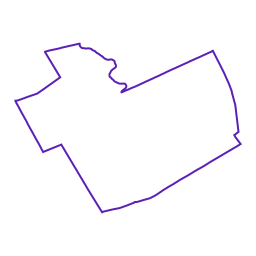 Seaca, Olt, Romania (orthographic projection)
{"feature_id": "2599482B6293048633875", "entity_name": "Seaca", "entity_type": "district", "adm_level": 2, "iso_a3": "ROU", "parent_name": "Romania", "parent_adm1": "Olt", "projection": "orthographic", "projection_center": [24.742, 44.162], "detail": "fine", "context": "isolated", "style": "outline", "palette": "violet", "viewbox_px": 256, "rotation_deg": 0, "n_neighbors": 0, "source": "geoboundaries", "source_scale": "gbopen_adm2", "svg_char_len": 5055}
<svg xmlns="http://www.w3.org/2000/svg" viewBox="0 0 256 256"><path d="M240.6,144.0L235.4,137.1L234.3,135.1L235.3,134.4L238.5,131.9L236.4,114.4L236.0,111.0L235.3,105.1L232.2,93.7L231.6,90.9L231.1,89.5L228.9,83.7L226.4,78.2L224.2,73.2L220.4,65.6L216.0,57.0L213.8,52.7L213.3,51.6L212.9,50.8L212.4,50.9L212.2,51.1L211.9,51.3L211.8,51.5L211.6,51.6L211.2,51.7L210.9,51.9L210.6,52.0L209.7,52.4L209.5,52.5L202.9,55.5L202.0,55.9L201.0,56.4L200.1,56.8L199.2,57.2L198.3,57.6L197.6,57.9L196.9,58.2L196.1,58.5L195.2,59.0L194.5,59.3L193.7,59.6L193.1,59.9L192.2,60.3L191.9,60.4L191.3,60.7L190.7,61.0L190.0,61.2L189.3,61.6L188.8,61.9L188.2,62.2L187.3,62.6L186.3,63.0L185.2,63.5L184.4,63.9L183.7,64.2L182.8,64.6L182.0,65.0L180.8,65.5L179.9,65.9L179.0,66.4L178.0,66.8L177.1,67.2L176.2,67.6L175.3,68.1L174.3,68.5L173.5,68.8L172.6,69.2L171.9,69.5L171.1,69.9L170.3,70.3L169.1,70.8L168.2,71.3L167.1,71.7L165.9,72.3L164.6,73.0L164.0,73.3L163.1,73.7L162.4,74.0L160.9,74.7L160.4,75.0L159.7,75.3L158.7,75.8L157.1,76.5L156.4,76.8L155.5,77.2L154.4,77.7L153.4,78.2L152.4,78.7L151.8,78.9L150.7,79.4L150.1,79.7L149.3,80.1L148.3,80.5L147.3,81.0L146.5,81.3L145.6,81.7L144.7,82.1L144.3,82.4L142.3,83.3L140.1,84.3L138.0,85.3L136.5,86.0L135.6,86.4L134.2,87.0L132.3,87.7L130.3,88.6L128.0,89.6L126.8,90.1L125.7,90.5L125.1,90.8L124.4,91.1L123.4,91.6L122.5,92.0L121.9,92.2L121.6,92.3L121.4,92.0L121.8,91.3L122.6,90.5L123.5,89.7L124.3,89.2L125.2,88.4L125.8,87.9L126.1,87.3L126.3,86.8L126.4,86.4L126.3,85.8L125.9,85.0L125.6,84.4L125.4,84.1L125.0,83.8L124.2,83.7L123.3,83.6L122.3,83.6L121.4,83.7L120.7,83.7L119.5,83.6L118.8,83.4L117.9,83.0L116.4,82.3L115.2,81.7L114.4,81.2L113.9,80.7L113.4,80.1L113.0,79.6L112.2,79.1L111.8,78.7L111.4,78.3L111.1,77.7L110.9,77.5L110.5,77.3L110.1,77.1L109.8,76.8L109.6,76.6L109.6,76.2L109.5,75.8L109.5,75.2L109.5,74.7L109.5,74.1L109.7,73.6L110.0,73.2L110.4,72.5L110.7,71.9L111.0,71.2L111.3,70.8L112.0,70.1L112.9,69.3L113.8,68.6L114.7,68.1L115.2,67.7L115.6,67.3L115.8,66.9L116.0,66.2L116.0,65.7L115.9,65.3L115.8,64.9L115.6,64.4L115.3,63.9L115.0,63.3L114.8,62.8L114.7,62.3L114.7,61.8L114.5,61.3L114.3,60.9L114.1,60.7L113.4,60.3L112.8,60.0L112.3,59.7L111.8,59.5L111.4,59.4L110.8,59.4L110.2,59.5L109.8,59.6L109.0,59.7L108.3,59.8L107.6,59.7L106.8,59.5L106.3,59.4L105.8,59.2L105.5,59.0L105.3,58.8L105.1,58.7L104.9,58.6L104.6,58.5L104.2,58.2L103.6,57.7L103.4,57.5L103.1,57.2L102.9,56.9L102.5,56.6L102.4,56.5L102.3,56.4L102.1,56.4L101.9,56.2L101.6,56.0L101.4,55.8L101.1,55.7L100.5,55.3L100.1,55.0L99.8,54.8L99.5,54.5L99.1,54.2L98.6,53.9L98.3,53.6L98.0,53.5L97.7,53.4L97.4,53.2L97.0,53.0L96.7,52.9L96.5,52.7L96.3,52.5L96.1,52.3L96.0,52.1L95.8,52.0L95.7,51.8L95.6,51.7L95.3,51.4L95.1,51.3L94.9,51.2L94.7,51.0L94.4,50.9L94.0,50.8L93.7,50.6L93.4,50.5L93.2,50.4L92.8,50.3L92.7,50.2L92.3,50.0L92.2,49.9L91.9,49.5L91.7,49.2L91.3,49.0L91.0,49.0L90.6,48.8L90.2,48.6L89.9,48.5L89.6,48.4L89.3,48.4L89.1,48.4L88.9,48.4L88.6,48.3L88.3,48.3L87.9,48.4L87.0,48.4L86.5,48.5L86.0,48.5L85.6,48.5L85.4,48.5L85.0,48.4L84.6,48.3L84.0,48.2L83.6,48.1L83.3,48.1L83.1,48.1L82.9,48.2L82.7,48.2L82.2,48.1L81.7,47.9L81.5,47.7L81.2,47.4L80.9,47.1L80.7,46.9L80.5,46.7L80.3,46.5L80.2,46.3L80.1,46.2L79.8,45.8L79.8,45.6L79.7,45.4L79.7,45.2L79.7,44.9L79.7,44.4L79.7,44.0L79.6,43.7L78.4,43.9L76.1,44.4L73.6,45.0L72.7,45.2L70.4,45.7L67.3,46.4L66.0,46.7L64.7,47.0L62.1,47.6L60.0,48.2L58.4,48.6L56.6,49.0L54.7,49.4L52.7,49.8L50.1,50.4L48.6,50.7L48.4,50.8L48.2,50.8L47.7,51.0L46.5,51.3L45.8,51.5L45.5,51.6L45.0,51.8L45.1,52.1L45.4,52.7L52.4,64.3L60.2,77.3L53.4,82.2L46.6,87.0L46.1,87.4L38.2,92.9L38.0,93.0L37.2,93.6L36.8,93.7L33.5,94.9L31.6,95.5L29.2,96.3L22.4,98.8L19.6,99.8L19.0,100.0L17.4,100.5L16.7,100.7L16.0,100.9L15.5,100.7L15.4,100.7L15.4,100.9L16.4,103.0L16.6,103.3L17.1,104.3L17.8,105.5L18.5,106.7L19.0,107.7L19.6,108.9L20.1,109.7L20.9,111.3L21.5,112.5L22.1,113.5L22.6,114.4L22.9,114.9L23.5,115.9L24.0,116.9L24.9,118.6L25.6,119.7L26.0,120.4L26.5,121.4L27.0,122.4L27.3,123.1L27.8,124.1L28.4,125.1L28.9,126.1L29.5,127.2L30.1,128.3L30.8,129.5L31.8,131.3L32.3,132.2L32.8,132.9L33.3,134.0L33.8,135.0L34.5,136.1L35.0,137.1L35.9,138.8L37.0,140.7L37.8,142.1L38.5,143.3L39.1,144.4L39.8,145.7L40.1,146.3L40.7,147.4L42.1,150.2L42.3,150.5L42.5,150.8L42.7,151.1L43.1,152.0L55.4,147.0L61.3,144.6L84.8,184.0L87.9,189.3L102.1,212.3L103.7,211.5L105.3,211.2L110.6,209.9L112.4,209.5L114.8,209.0L118.5,208.3L119.4,208.1L121.0,207.6L122.9,206.9L124.3,206.4L126.0,205.8L127.1,205.4L127.6,205.2L132.2,203.4L133.6,202.9L134.0,202.7L134.3,202.4L134.4,202.2L134.6,202.1L134.9,202.0L135.4,202.0L136.5,202.0L137.3,201.9L141.0,200.8L142.6,200.3L145.8,199.4L147.5,198.9L148.7,198.6L149.8,198.2L150.4,198.0L154.5,195.9L156.9,194.5L161.8,191.1L162.8,190.4L163.6,189.9L165.0,189.0L166.9,187.9L167.9,187.2L169.3,186.4L171.4,185.2L173.8,183.8L176.0,182.4L176.7,182.0L180.4,179.6L181.0,179.3L183.5,177.9L186.9,176.0L190.1,174.1L193.6,171.9L197.5,169.6L201.9,167.2L205.1,165.3L208.8,162.9L213.0,160.4L218.6,157.1L224.0,153.9L226.9,152.2L232.0,149.2L236.1,146.8L238.3,145.5L240.6,144.0Z" fill="none" stroke="#5b21b6" stroke-width="2"/></svg>